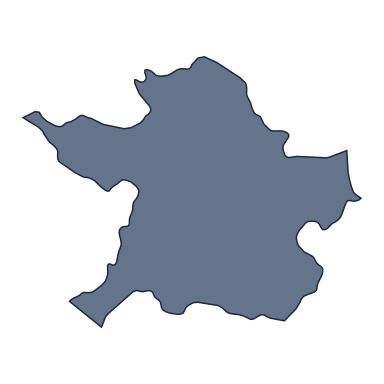 map outline of Meath (Mercator projection)
{"feature_id": "IRL-715", "entity_name": "Meath", "entity_type": "County", "adm_level": 1, "iso_a3": "IRL", "parent_name": "Ireland", "parent_adm1": "", "projection": "mercator", "projection_center": [-6.777, 53.646], "detail": "fine", "context": "isolated", "style": "filled", "palette": "slate", "viewbox_px": 384, "rotation_deg": 0, "n_neighbors": 0, "source": "natural_earth", "source_scale": "10m", "svg_char_len": 3830}
<svg xmlns="http://www.w3.org/2000/svg" viewBox="0 0 384 384"><path d="M346.8,150.6L348.1,172.7L349.6,180.1L351.5,187.2L353.6,192.4L356.5,195.2L361.0,198.2L359.5,199.6L356.3,201.0L353.7,201.1L350.2,200.6L348.5,200.6L347.6,200.8L346.3,202.4L345.0,205.3L341.6,215.0L339.9,218.0L337.1,220.7L331.8,223.9L327.4,228.4L326.0,229.2L324.4,229.7L322.8,229.6L321.7,228.5L320.8,227.1L320.1,225.7L319.3,224.3L318.4,223.0L317.0,222.0L315.2,221.3L311.2,221.1L307.4,221.7L305.8,222.8L299.1,230.6L297.5,233.5L296.6,236.0L296.4,238.8L297.2,242.9L298.3,245.3L299.4,247.0L300.7,248.1L304.0,251.7L305.3,252.6L311.5,255.7L312.9,256.7L313.9,257.8L314.7,259.3L315.3,260.8L316.1,262.2L317.1,263.5L318.8,265.0L320.0,265.8L321.8,267.4L322.8,269.1L322.7,271.8L321.8,275.4L318.6,281.7L317.4,284.6L316.9,286.9L317.0,288.6L316.3,290.4L314.6,291.9L304.7,295.7L303.1,297.0L301.4,298.8L299.8,302.6L295.9,309.0L284.4,320.8L270.4,318.2L265.6,316.0L264.3,315.1L262.3,314.7L260.0,315.2L254.5,318.4L252.5,319.3L250.5,319.3L243.9,316.1L239.6,314.8L230.9,313.7L228.2,312.8L226.3,311.7L225.3,310.6L221.6,307.4L218.6,305.6L197.4,302.2L192.8,302.8L188.3,305.4L186.5,307.0L185.4,308.5L184.9,309.8L183.8,311.9L183.2,313.0L181.4,313.9L178.6,314.4L170.1,313.2L165.8,311.8L163.2,310.1L162.3,309.1L161.9,308.3L161.4,306.9L160.7,303.4L160.2,301.9L159.6,301.1L159.1,300.5L155.3,297.5L154.4,296.1L153.6,294.6L153.0,293.0L152.1,291.7L150.3,290.8L147.5,290.7L142.5,291.7L139.9,291.3L138.0,290.7L135.9,290.6L133.1,291.7L108.6,313.3L105.6,316.7L101.5,327.2L69.5,301.4L71.3,299.6L73.9,298.0L78.6,295.9L79.9,295.0L81.0,293.9L82.4,293.0L83.9,292.4L87.8,292.7L91.5,292.4L94.4,290.9L102.0,284.9L103.2,283.7L105.3,281.1L106.0,279.7L106.9,277.4L107.3,275.9L107.7,274.2L107.8,271.8L107.5,265.6L108.4,264.2L109.8,263.9L113.0,265.2L113.6,265.1L114.8,264.7L115.8,263.6L116.5,262.1L117.0,260.2L117.3,258.2L118.1,254.3L119.1,250.7L121.1,245.5L121.2,243.2L120.8,240.0L119.4,234.8L119.2,231.8L119.7,229.5L120.7,228.3L121.8,227.4L123.1,226.7L127.6,226.2L128.8,225.2L129.4,223.4L129.4,220.7L129.6,218.4L130.1,216.6L131.5,213.4L132.7,209.9L132.9,205.8L133.2,203.8L133.8,202.1L134.7,200.6L136.8,198.1L137.6,196.5L138.2,194.8L138.6,192.9L138.9,191.0L137.9,188.5L135.8,185.9L130.7,181.8L126.6,180.3L124.0,179.7L122.6,180.0L121.3,180.6L120.0,181.3L117.6,183.6L113.5,186.2L112.2,187.2L109.1,190.9L107.5,191.2L104.8,189.9L101.3,187.2L94.6,180.7L90.5,178.4L87.5,177.5L85.3,177.4L82.8,176.7L75.4,172.9L60.0,162.2L58.8,161.0L57.9,159.3L57.6,156.8L57.7,154.4L57.7,152.3L57.5,150.4L56.3,148.4L54.0,145.7L49.5,142.1L44.3,134.6L42.6,131.0L38.3,127.0L23.0,117.7L35.1,111.6L39.3,112.3L40.9,114.9L42.0,116.9L44.0,118.9L47.4,121.6L55.5,125.9L59.6,126.8L62.5,125.9L64.3,124.3L66.4,122.8L70.5,121.8L74.6,119.7L80.5,115.5L82.4,115.4L84.6,116.1L87.0,117.3L91.3,118.5L103.2,124.4L124.0,128.7L131.1,127.7L140.1,123.1L142.7,120.6L144.3,118.3L145.5,116.2L148.1,114.4L149.6,112.7L150.5,111.0L150.7,109.1L150.2,107.5L149.4,106.0L141.1,96.1L139.2,93.4L135.7,85.4L135.0,83.5L134.7,81.6L134.8,79.8L136.2,79.9L140.4,82.1L142.3,82.1L144.0,81.6L145.1,80.5L146.0,79.2L146.2,77.5L145.8,75.7L145.2,73.9L144.8,72.2L144.9,70.3L146.2,69.7L147.8,69.9L149.6,70.4L151.2,71.2L152.5,72.1L155.0,74.5L156.3,75.5L158.8,76.1L162.1,76.1L168.5,75.2L177.2,69.9L180.3,68.8L183.4,68.7L187.6,69.2L189.6,68.6L191.2,66.5L191.8,64.7L197.9,58.1L204.4,56.8L216.9,62.6L239.8,77.6L245.6,83.0L246.1,84.7L246.5,86.6L246.7,88.6L246.6,92.7L246.7,94.8L247.2,96.4L250.4,102.6L252.4,109.1L254.1,112.9L256.1,114.6L258.7,115.6L260.2,116.8L261.2,118.4L263.8,124.0L269.4,129.5L271.0,130.7L272.1,130.9L282.2,131.0L284.6,131.6L287.6,133.1L288.6,134.7L288.7,136.4L288.0,138.1L284.2,143.7L283.4,145.2L283.0,147.5L283.2,150.4L285.0,155.3L286.9,157.0L288.8,157.6L296.8,156.4L325.4,157.8L328.0,157.6L345.2,151.2L346.8,150.6Z" fill="#64748b" stroke="#1e293b" stroke-width="1.5"/></svg>